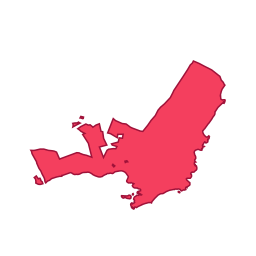 outline of Manokwari, Papua Barat, Indonesia, rotated 114°
{"feature_id": "22746128B58641314112332", "entity_name": "Manokwari", "entity_type": "district", "adm_level": 2, "iso_a3": "IDN", "parent_name": "Indonesia", "parent_adm1": "Papua Barat", "projection": "natural_earth1", "projection_center": [133.979, -1.001], "detail": "fine", "context": "isolated", "style": "filled", "palette": "rose", "viewbox_px": 256, "rotation_deg": 114, "n_neighbors": 0, "source": "geoboundaries", "source_scale": "gbopen_adm2", "svg_char_len": 5731}
<svg xmlns="http://www.w3.org/2000/svg" viewBox="0 0 256 256"><g transform="rotate(114 128 128)"><path d="M211.6,180.8L209.3,180.0L207.7,178.4L205.3,177.2L201.8,173.3L199.9,170.7L199.4,169.5L198.9,168.8L198.2,169.1L197.9,168.5L192.4,162.7L192.0,161.9L192.1,160.6L192.3,159.6L192.3,158.2L192.1,157.6L191.3,156.3L190.8,154.8L189.7,153.4L188.0,152.1L187.4,151.5L186.7,150.5L185.3,147.7L184.7,146.9L184.3,145.5L184.3,144.2L184.5,142.5L184.9,141.0L185.0,138.5L184.7,135.2L184.1,133.5L182.7,131.7L181.4,131.1L179.5,129.5L179.0,128.9L178.5,128.8L178.1,128.5L177.4,127.0L176.4,125.8L175.9,123.6L175.3,123.1L173.7,122.3L173.1,121.8L170.7,118.3L169.8,116.7L169.5,115.2L169.5,113.2L170.0,111.6L172.1,108.1L172.6,107.8L175.4,107.7L176.4,107.8L176.9,107.7L177.4,107.4L177.7,106.9L177.9,106.1L178.0,105.2L177.4,103.9L177.2,103.3L176.6,103.0L176.7,101.2L176.4,100.5L176.5,99.9L177.8,100.5L179.0,100.6L180.0,99.0L180.1,97.7L179.0,94.7L179.3,94.3L179.3,93.6L178.9,92.2L179.1,91.5L180.2,91.0L180.7,91.7L181.5,92.4L181.5,92.7L182.4,93.4L183.1,93.4L183.6,93.3L183.8,92.9L183.6,92.7L183.5,92.1L182.9,91.9L183.0,91.7L183.5,91.9L183.6,90.8L183.1,90.5L183.3,89.9L183.3,89.2L183.6,88.9L183.6,88.5L183.9,88.7L184.0,89.1L184.0,89.7L184.1,90.6L184.9,90.8L184.8,91.1L185.2,91.5L185.4,91.4L185.8,92.6L186.8,93.0L188.5,94.1L190.0,94.1L190.8,93.9L191.2,92.7L191.6,92.5L191.9,92.6L192.3,92.6L192.8,92.2L193.1,91.7L194.3,92.1L194.9,93.4L195.4,93.0L195.5,93.1L194.9,93.5L194.9,94.1L195.9,94.6L196.9,94.4L197.9,93.6L199.0,92.2L198.5,91.8L198.6,91.7L199.1,92.3L199.6,91.5L199.7,90.4L199.8,90.0L199.1,89.4L198.8,89.5L198.3,90.2L197.3,89.5L197.2,87.8L195.8,87.0L192.3,83.9L192.2,84.0L190.0,81.6L187.5,78.5L187.4,77.9L186.9,77.1L186.9,76.0L186.6,76.0L186.0,76.2L185.3,76.1L181.3,74.9L177.0,73.2L174.8,71.5L174.8,71.4L173.7,69.4L172.8,68.7L170.6,67.2L169.5,66.2L168.0,64.7L165.3,60.9L165.4,60.7L164.6,60.0L164.2,59.3L164.1,58.7L163.8,58.0L163.4,57.6L163.1,57.0L162.9,55.8L162.9,55.2L163.6,54.3L163.7,53.5L161.7,51.8L161.7,51.1L160.7,50.1L159.7,51.0L159.2,51.0L158.7,51.0L158.5,49.8L157.8,50.2L156.9,49.4L155.1,48.4L154.2,48.5L153.0,49.2L153.1,49.3L152.5,50.3L151.8,52.7L151.2,53.7L151.0,53.8L151.0,53.7L150.0,53.7L149.4,52.7L149.3,52.2L148.5,50.6L146.6,50.2L145.1,50.8L144.5,51.5L144.5,52.0L144.1,52.2L142.9,52.1L142.2,51.5L142.3,51.3L142.0,51.1L141.8,50.4L141.3,49.7L139.4,49.0L138.7,48.5L137.6,48.4L136.2,49.0L134.8,50.1L134.8,50.6L135.2,51.1L135.1,51.5L134.6,51.5L134.0,51.7L134.1,52.6L133.0,53.2L132.0,53.1L131.5,52.3L131.2,53.0L131.0,53.7L130.0,54.0L130.0,53.9L129.0,53.9L128.4,53.7L127.0,54.3L126.1,55.1L125.3,56.2L124.4,56.8L123.5,57.6L122.3,57.8L120.9,57.4L119.1,55.5L118.9,55.1L118.8,53.0L118.6,52.1L118.1,51.5L117.7,51.7L117.0,52.3L116.7,52.2L116.6,51.6L115.9,51.6L115.7,51.7L115.0,52.1L114.7,52.0L114.4,51.1L113.8,50.8L113.9,51.9L113.8,52.8L112.7,53.0L112.1,52.6L111.1,52.6L110.1,52.5L109.4,52.2L110.0,50.8L109.5,50.2L108.3,49.5L107.7,49.7L107.1,49.7L106.8,50.3L105.8,50.6L105.5,50.0L104.8,49.7L103.4,50.0L103.5,50.1L102.9,50.3L102.4,50.7L102.3,51.0L104.0,51.8L104.4,52.7L104.3,53.3L103.8,54.9L103.1,56.2L101.9,57.6L100.9,58.3L100.0,58.6L99.3,58.2L97.9,57.9L97.4,57.6L96.7,57.5L91.5,56.4L90.8,56.1L85.9,55.1L83.8,54.9L81.1,54.3L80.0,54.3L77.5,55.1L77.2,54.9L72.6,54.2L67.2,52.0L66.5,51.0L66.4,50.3L66.0,50.3L65.9,51.4L65.2,51.4L64.8,50.2L64.5,50.2L64.2,50.4L63.0,50.6L62.9,51.2L63.4,52.3L63.9,52.9L63.9,54.5L63.7,55.1L60.8,56.6L60.9,56.8L59.5,57.2L59.4,57.7L59.4,57.2L56.4,57.7L54.2,57.8L49.4,56.9L49.1,57.7L47.5,59.6L46.3,62.3L43.5,65.0L40.9,75.2L40.5,83.5L40.1,89.2L40.2,95.5L42.5,95.6L44.9,96.7L50.4,97.3L59.3,98.7L75.1,101.4L77.7,101.4L83.0,101.7L91.1,104.5L95.7,106.7L99.5,107.8L105.5,108.1L111.7,110.0L117.5,111.1L125.1,113.1L125.8,115.5L126.3,123.6L126.3,126.1L125.1,131.3L126.3,135.2L126.3,142.4L125.4,145.3L140.8,144.6L140.3,141.7L141.2,133.9L138.0,134.8L135.7,129.9L139.6,128.9L140.6,132.1L144.8,131.2L149.2,136.6L150.0,135.5L149.4,130.6L151.9,130.7L152.9,133.2L155.3,137.1L157.0,138.1L164.9,138.4L157.0,146.4L152.2,140.4L147.5,146.0L141.7,149.6L142.0,151.3L135.8,155.9L138.3,158.4L141.6,160.4L141.3,160.9L140.5,163.9L141.3,165.1L141.5,165.8L141.5,168.1L145.8,171.6L149.1,173.6L149.5,171.6L150.2,169.6L150.5,165.2L152.3,166.8L158.1,158.0L169.4,149.2L169.8,154.7L170.5,158.1L170.7,161.6L170.6,162.5L171.4,164.8L184.2,177.9L179.1,183.5L179.1,185.5L179.3,186.7L179.7,188.2L180.8,191.6L181.5,196.3L183.0,199.7L185.9,203.5L186.8,204.9L187.9,207.6L188.7,206.5L190.3,205.4L191.0,204.6L196.1,197.8L197.2,197.1L200.9,193.1L201.9,191.6L202.6,190.3L205.1,187.6L207.4,184.6L208.5,183.5L210.9,181.9L211.6,180.8ZM167.3,127.0L167.8,125.6L167.9,124.7L168.5,124.7L169.3,125.2L168.3,127.2L167.3,127.0ZM159.6,117.3L158.4,115.8L158.6,115.1L159.0,114.5L159.8,115.8L160.6,116.4L159.6,117.3ZM213.5,183.1L212.0,184.6L211.5,186.2L211.3,186.5L210.9,186.6L210.5,186.9L209.7,188.0L210.3,188.8L210.9,189.3L209.1,192.3L211.4,193.5L212.0,192.2L212.7,191.4L214.5,190.3L215.8,189.8L215.9,187.4L215.8,186.7L215.5,185.9L215.1,185.0L213.5,183.1ZM190.7,96.8L190.2,97.1L189.5,97.2L189.0,97.7L188.7,98.4L188.7,99.0L188.9,99.8L190.0,100.5L190.8,102.0L191.2,103.1L191.6,103.9L191.6,104.3L191.9,104.7L192.3,106.2L192.6,106.4L193.3,106.0L193.7,105.3L194.0,104.5L193.9,103.8L193.6,103.2L192.9,102.9L192.6,102.5L192.7,100.4L191.9,97.4L190.7,96.8ZM146.4,180.0L148.4,179.0L149.5,178.8L146.3,176.4L143.0,173.7L143.0,174.5L142.7,175.6L144.0,176.5L145.2,178.9L146.2,180.3L146.4,180.0ZM138.1,175.3L137.9,173.3L137.3,173.1L137.3,172.8L136.1,173.1L136.6,175.8L138.3,175.9L138.1,175.3ZM166.0,56.1L166.3,54.8L165.9,54.4L165.4,54.8L165.2,55.7L165.5,56.2L166.0,56.1ZM186.8,97.0L187.2,96.5L186.9,96.0L186.2,96.1L185.8,96.7L186.2,97.0L186.8,97.0Z" fill="#f43f5e" stroke="#9f1239" stroke-width="1.5"/></g></svg>